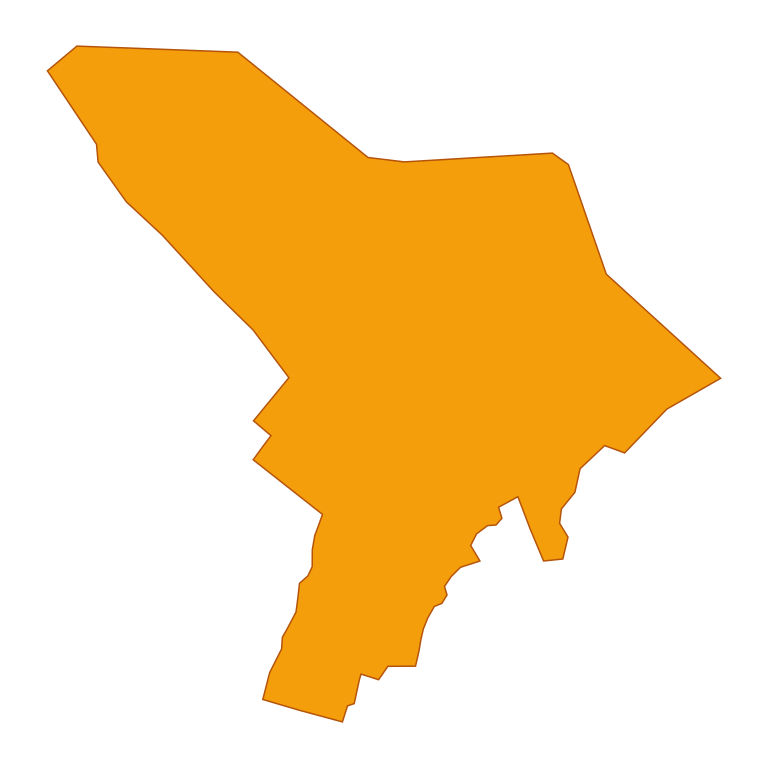 Yunusabad, Tashkent, Uzbekistan (orthographic projection)
{"feature_id": "79887680B16922356170962", "entity_name": "Yunusabad", "entity_type": "district", "adm_level": 2, "iso_a3": "UZB", "parent_name": "Uzbekistan", "parent_adm1": "Tashkent", "projection": "orthographic", "projection_center": [69.256, 41.321], "detail": "fine", "context": "isolated", "style": "filled", "palette": "amber", "viewbox_px": 768, "rotation_deg": 0, "n_neighbors": 0, "source": "geoboundaries", "source_scale": "gbopen_adm2", "svg_char_len": 999}
<svg xmlns="http://www.w3.org/2000/svg" viewBox="0 0 768 768"><path d="M47.4,70.8L96.5,144.2L98.1,162.1L126.4,201.9L162.2,235.1L213.9,291.6L253.1,330.0L288.9,377.7L253.5,420.8L271.0,435.7L263.4,445.7L253.2,459.8L322.5,514.4L318.3,526.1L314.8,535.4L312.3,549.7L312.2,566.7L307.9,575.9L299.5,583.3L297.8,598.5L296.0,612.1L286.7,629.7L282.4,637.2L281.6,649.0L269.7,672.5L262.8,699.5L300.5,710.6L342.4,721.9L347.5,705.9L354.2,703.6L359.3,680.0L361.0,674.1L378.6,679.7L387.9,666.3L415.5,666.2L419.0,651.0L420.8,640.0L423.3,629.1L427.6,618.2L434.3,606.5L441.9,603.3L447.0,595.0L444.5,586.4L451.3,576.4L460.5,567.3L479.9,561.0L470.7,545.5L476.6,533.8L487.6,525.6L496.0,525.0L501.9,518.3L498.6,507.2L517.9,496.7L530.3,529.3L543.6,561.0L562.8,559.0L568.0,537.1L559.6,523.3L561.4,508.9L574.9,492.3L580.1,468.7L604.6,445.6L624.6,452.9L666.8,409.1L720.6,378.3L606.3,274.2L568.4,164.6L552.4,153.1L404.0,161.9L368.0,157.5L237.8,52.2L76.9,46.1L47.4,70.8Z" fill="#f59e0b" stroke="#b45309" stroke-width="1.5"/></svg>